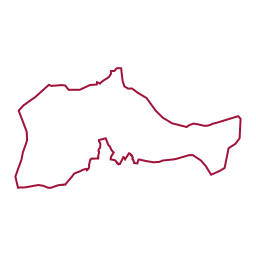 the district of Irepodun/Ifelodun, Ekiti, Nigeria
{"feature_id": "59680162B16609728895319", "entity_name": "Irepodun/Ifelodun", "entity_type": "district", "adm_level": 2, "iso_a3": "NGA", "parent_name": "Nigeria", "parent_adm1": "Ekiti", "projection": "natural_earth1", "projection_center": [5.241, 7.714], "detail": "fine", "context": "isolated", "style": "outline", "palette": "rose", "viewbox_px": 256, "rotation_deg": 0, "n_neighbors": 0, "source": "geoboundaries", "source_scale": "gbopen_adm2", "svg_char_len": 3515}
<svg xmlns="http://www.w3.org/2000/svg" viewBox="0 0 256 256"><path d="M121.2,68.3L120.6,68.3L119.9,68.2L118.9,68.2L117.9,68.2L117.2,68.2L116.8,68.3L116.3,68.6L115.7,69.4L115.4,70.0L115.0,70.3L114.7,70.7L114.2,70.9L113.7,71.0L110.9,71.1L110.9,72.1L110.9,72.6L110.9,72.9L111.0,73.2L111.1,73.8L110.5,74.4L110.4,74.6L109.9,75.7L109.3,76.5L108.9,76.9L108.4,77.2L107.9,77.7L107.8,77.8L107.6,78.0L107.1,78.3L106.9,78.5L105.6,79.2L104.9,79.6L104.3,80.0L102.1,81.5L101.7,81.8L99.9,83.6L98.7,82.9L97.0,82.2L96.8,84.5L90.1,85.0L79.7,89.8L68.6,89.8L65.2,85.5L61.7,85.1L51.2,85.9L48.9,84.8L34.4,97.8L33.1,98.5L23.2,105.6L18.7,110.7L26.7,131.7L27.1,140.2L25.9,143.9L22.9,152.3L21.5,159.5L15.4,176.5L16.0,179.3L17.1,184.0L18.1,187.8L20.7,187.3L21.6,187.5L25.6,187.3L38.5,185.0L43.2,185.8L48.3,187.8L51.2,187.7L53.2,187.0L55.8,186.1L57.3,185.5L57.6,185.4L60.7,184.9L60.8,184.9L61.1,184.8L61.4,184.8L62.3,184.7L62.6,185.0L63.2,184.9L63.6,184.6L64.1,184.5L64.4,184.4L64.7,184.4L65.2,184.7L66.3,183.3L67.0,182.5L68.4,180.7L70.6,178.2L71.6,177.1L73.4,174.7L74.0,173.8L74.9,173.3L75.6,172.9L76.1,172.8L76.7,172.6L77.0,172.4L77.6,172.2L78.3,172.1L80.7,170.9L82.6,169.9L84.5,169.3L86.0,169.0L86.6,168.9L86.8,169.7L86.8,169.8L86.9,170.2L87.3,170.0L87.7,169.6L88.1,169.1L88.8,168.2L88.9,167.7L89.1,167.1L89.2,166.4L89.2,165.8L89.0,165.4L89.0,164.8L89.2,164.1L89.4,163.6L89.5,163.4L89.5,163.1L89.5,162.7L89.7,162.1L89.8,161.8L90.0,161.0L90.2,160.8L90.3,160.6L90.3,160.4L90.2,160.2L90.2,159.9L90.3,159.5L90.9,159.1L91.4,158.8L91.8,158.5L92.0,158.4L92.2,158.5L92.6,158.7L93.2,158.8L93.6,158.7L94.3,158.5L94.5,158.5L95.0,158.6L95.6,158.6L96.8,158.4L97.2,158.4L97.5,158.5L97.9,158.5L98.2,158.5L98.4,157.7L98.3,157.2L98.1,156.7L98.2,156.0L98.3,155.4L98.4,155.0L98.6,154.5L98.6,154.0L98.8,153.5L99.0,153.0L99.1,152.2L98.9,151.5L98.4,150.9L98.7,149.7L99.1,148.8L99.9,148.1L100.1,147.4L100.3,145.9L100.4,144.6L100.3,143.7L100.1,142.9L99.7,142.2L99.1,141.6L99.0,141.2L99.0,140.4L99.0,140.1L102.9,139.0L105.7,138.3L106.3,139.8L108.3,144.9L109.8,146.5L110.4,147.7L110.7,148.4L111.2,149.4L111.6,150.2L112.2,150.9L113.7,152.5L112.5,154.3L111.2,156.5L110.8,157.7L110.7,159.4L110.9,159.4L111.3,159.4L112.2,159.7L112.9,159.8L113.4,160.0L114.3,160.1L115.3,160.4L115.5,160.5L115.9,161.2L116.3,161.7L116.5,162.3L116.9,162.9L117.3,162.6L117.5,162.8L117.7,163.4L118.1,164.0L118.5,164.4L119.2,163.9L119.4,163.8L119.7,163.9L119.8,163.9L119.9,164.0L120.0,164.0L120.2,163.5L120.6,162.5L121.5,160.9L122.9,158.1L123.1,157.8L123.3,157.1L123.9,157.3L125.1,159.4L128.9,153.3L129.7,153.4L129.9,153.7L130.0,153.7L130.2,153.9L130.5,154.2L130.6,154.6L130.7,155.0L131.0,155.3L131.3,155.3L131.6,155.2L131.9,155.3L132.1,156.3L132.2,156.7L132.6,157.1L132.8,157.3L132.7,157.6L132.4,157.9L132.5,158.7L132.4,159.2L132.5,159.4L132.7,159.7L132.9,159.8L133.2,159.8L133.3,160.3L133.6,160.7L133.6,161.0L133.7,161.4L133.8,161.7L134.0,162.0L134.5,162.7L134.3,163.0L137.4,163.4L138.0,161.0L138.7,159.5L139.7,159.6L141.9,160.1L146.2,161.1L153.8,162.3L159.2,161.9L162.9,160.5L174.3,159.3L177.3,158.6L188.9,155.2L192.8,155.1L201.0,160.5L206.0,166.4L209.3,171.8L211.1,174.7L213.9,173.5L218.6,171.4L220.4,170.5L224.6,168.0L228.6,148.2L235.4,143.8L239.6,138.3L240.6,118.9L238.2,116.2L215.2,123.2L213.0,123.6L211.0,124.6L208.2,125.5L206.3,125.8L203.7,125.7L200.7,125.0L197.3,124.2L193.5,123.6L189.3,125.1L186.6,127.0L172.1,123.3L162.8,117.7L155.8,110.8L146.5,98.0L138.2,93.1L132.0,88.5L128.1,88.6L124.4,86.4L122.6,80.8L121.5,71.5L121.2,68.3Z" fill="none" stroke="#9f1239" stroke-width="2"/></svg>